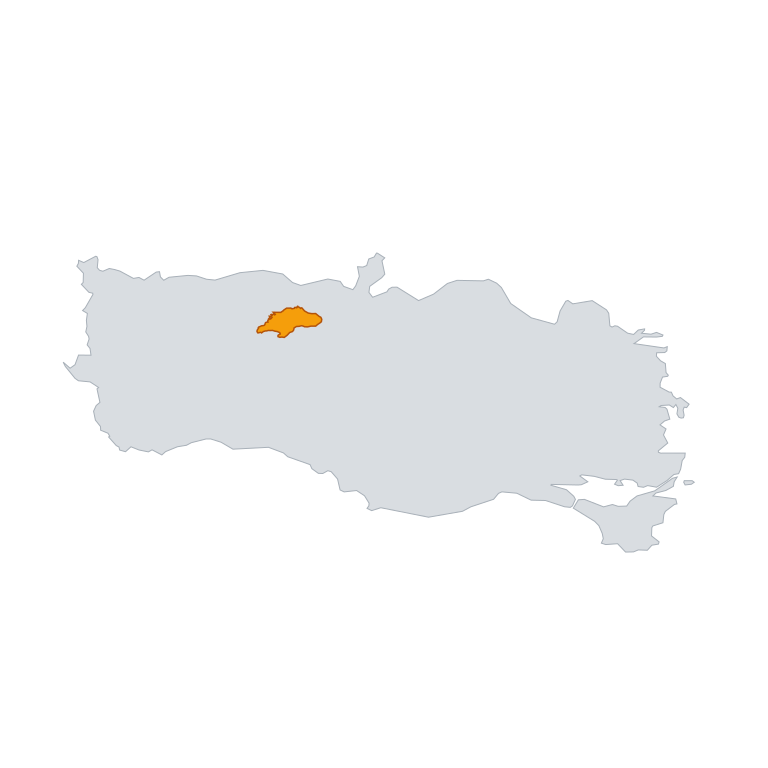 Adiyaman on a map of Turkey (Robinson projection), rotated 189°
{"feature_id": "TUR-2281", "entity_name": "Adiyaman", "entity_type": "Province", "adm_level": 1, "iso_a3": "TUR", "parent_name": "Turkey", "parent_adm1": "", "projection": "robinson", "projection_center": [38.577, 37.82], "detail": "fine", "context": "in_parent", "style": "filled", "palette": "amber", "viewbox_px": 768, "rotation_deg": 189, "n_neighbors": 0, "source": "natural_earth", "source_scale": "10m", "svg_char_len": 5387}
<svg xmlns="http://www.w3.org/2000/svg" viewBox="0 0 768 768"><g transform="rotate(189 384 384)"><path d="M592.3,279.2L602.8,282.7L606.1,280.1L615.6,280.5L624.1,282.4L628.7,276.7L634.7,277.4L635.9,280.3L638.8,281.3L647.7,288.6L646.7,289.5L648.9,292.2L656.6,294.0L657.4,297.7L663.4,303.2L666.6,311.7L664.9,317.7L661.7,321.4L666.7,334.3L665.3,335.9L674.6,340.1L686.3,339.4L690.0,341.2L701.5,351.5L704.3,355.4L696.5,350.5L692.2,354.7L690.2,364.8L677.9,366.6L679.9,373.1L683.3,376.2L682.3,382.3L683.2,384.8L686.7,388.8L686.4,394.4L687.9,400.3L688.0,407.3L693.2,409.4L690.9,412.7L685.5,426.9L685.9,428.1L689.8,428.4L698.5,435.1L697.0,437.2L698.2,446.4L705.8,452.3L704.7,455.3L705.0,458.4L699.5,457.0L688.7,465.1L687.5,464.9L685.9,462.1L685.4,454.0L682.7,451.8L679.3,451.4L673.4,455.1L667.9,454.9L662.5,454.2L648.0,449.1L642.7,450.9L637.2,449.0L626.5,458.9L623.3,459.8L621.6,454.8L617.8,452.0L613.0,455.8L594.6,460.6L586.1,461.4L575.7,459.7L567.1,460.2L543.7,471.4L521.3,477.3L501.2,476.8L490.2,469.9L481.6,468.3L455.9,478.9L443.3,478.5L439.1,474.1L429.5,472.3L427.3,476.5L425.2,486.5L428.5,495.7L423.1,496.2L419.6,498.3L418.6,505.1L413.6,507.9L411.9,512.1L411.0,512.2L403.0,508.7L405.3,505.4L400.4,492.6L402.9,488.6L413.4,478.2L413.2,472.1L408.8,467.9L395.5,475.5L394.2,478.5L391.2,480.8L386.3,481.7L362.9,471.8L349.1,480.5L337.1,493.2L328.1,497.8L302.0,501.4L297.3,503.8L288.5,501.2L283.2,497.7L271.4,483.3L248.9,472.4L224.9,469.7L222.7,472.6L221.5,483.7L217.4,494.2L215.4,495.3L210.1,492.7L191.4,498.9L175.8,492.0L173.1,489.0L170.0,476.8L167.7,475.9L165.1,477.6L162.4,477.6L151.3,472.3L145.2,472.0L141.3,477.1L135.2,479.2L135.1,477.8L137.6,474.4L128.0,475.0L122.9,477.6L116.1,476.0L116.6,474.6L122.2,473.0L135.1,471.1L143.4,463.0L113.1,463.4L110.1,465.2L109.8,461.0L111.6,459.0L119.6,457.5L119.3,454.0L114.5,450.2L109.3,448.2L107.2,439.4L104.6,437.2L105.0,436.0L110.0,434.4L111.4,428.0L110.8,424.0L101.1,420.6L98.9,420.9L96.7,417.5L92.6,415.0L89.1,417.0L79.5,411.8L81.4,408.0L83.9,408.1L84.5,405.1L82.7,400.1L83.0,397.5L85.2,396.8L87.6,397.3L90.0,400.3L90.0,406.0L92.5,409.4L94.5,406.0L98.9,407.9L107.0,406.1L108.6,404.6L102.7,404.8L100.6,403.4L96.2,394.0L101.2,391.3L105.0,386.8L98.4,383.7L100.0,377.4L94.5,370.1L102.6,360.9L102.3,359.5L99.9,359.0L75.7,362.9L75.5,358.7L77.5,355.1L77.7,346.3L79.0,341.5L83.5,340.0L89.3,333.0L98.6,324.7L107.7,324.9L111.5,322.6L117.0,322.5L118.4,325.7L123.1,328.0L131.6,327.7L135.7,325.5L132.0,321.4L136.8,320.2L140.6,321.1L138.4,325.6L139.5,326.0L150.5,324.6L161.9,325.7L174.5,325.2L176.2,323.8L167.4,319.3L173.3,315.4L176.5,314.6L203.1,311.0L203.3,310.1L187.2,308.1L179.0,302.8L176.9,300.0L178.8,293.1L180.7,291.3L186.5,291.0L206.2,294.2L220.5,292.3L235.8,296.9L250.7,295.9L253.8,293.9L257.7,287.3L279.0,276.3L286.5,270.6L319.2,259.4L367.8,261.3L376.4,257.0L381.3,258.5L379.9,261.3L380.1,264.0L385.8,270.6L394.4,274.5L406.5,271.2L410.8,272.5L415.0,282.9L422.4,289.1L425.9,289.6L430.5,286.0L434.9,285.5L442.0,289.1L444.4,292.8L467.7,297.1L472.5,300.2L488.2,303.4L523.0,296.0L535.8,301.0L546.5,302.6L551.1,301.9L565.1,295.9L569.5,292.6L578.2,289.7L589.1,283.1L592.3,279.2ZM144.4,260.8L143.2,265.5L145.1,270.6L149.6,277.7L154.4,281.3L177.6,291.0L173.9,300.0L168.0,301.4L147.9,297.0L139.5,300.7L133.6,299.8L125.2,301.4L122.6,306.8L116.6,313.0L99.9,320.8L84.3,336.0L79.9,338.0L82.1,332.8L82.2,328.2L89.0,322.9L98.3,318.9L100.9,315.5L77.9,316.1L75.9,311.4L78.3,310.5L86.2,302.2L87.2,298.8L86.8,290.6L96.2,285.9L97.0,284.0L96.0,275.8L87.6,271.1L87.9,268.8L94.2,266.7L97.9,261.0L106.9,259.9L111.3,257.2L119.1,255.8L128.3,262.8L139.9,260.1L144.4,260.8ZM72.3,335.5L64.5,336.7L62.2,335.5L64.7,333.1L70.8,331.4L72.6,333.8L72.3,335.5Z" fill="#d9dde1" stroke="#a8b0b8" stroke-width="1"/><path d="M462.5,442.9L458.8,440.7L456.8,440.0L455.6,438.2L455.6,435.7L457.0,434.1L458.8,432.5L460.5,430.5L465.3,429.7L468.3,428.5L471.4,428.1L472.8,428.5L474.3,428.7L475.5,428.3L476.7,427.7L479.5,427.1L481.6,425.3L481.7,423.1L482.6,421.5L485.2,420.1L487.3,417.0L489.8,414.4L492.2,414.4L494.2,413.8L496.1,414.2L496.3,415.5L495.0,416.7L494.3,417.1L494.6,418.0L495.1,418.3L495.6,418.6L497.7,419.1L500.0,419.1L502.4,419.5L504.9,419.0L505.8,418.9L506.7,418.8L508.1,418.1L509.6,417.8L511.4,416.9L512.9,415.3L513.8,415.8L516.5,414.7L517.6,415.8L517.7,416.9L517.5,417.8L516.7,419.5L517.0,420.0L516.7,420.6L515.4,421.4L514.1,422.3L512.1,422.9L511.5,423.2L511.1,423.7L510.9,424.3L510.8,425.6L510.4,426.2L510.0,426.5L508.3,427.0L508.7,427.7L508.7,428.2L508.5,428.7L508.1,429.3L508.3,429.5L508.4,429.8L508.3,430.1L508.1,430.4L507.9,430.4L507.2,430.2L506.9,430.2L506.4,430.4L506.0,430.7L505.6,431.2L505.3,431.8L505.8,431.7L506.7,431.1L507.2,431.0L507.5,431.3L507.5,432.4L507.9,433.0L507.2,433.1L506.4,433.2L505.7,433.3L505.3,433.8L505.6,434.0L506.5,434.9L506.2,435.1L505.7,435.2L505.1,434.9L504.8,435.1L504.6,435.4L504.5,435.5L504.4,435.6L504.2,435.7L504.0,435.8L503.7,435.8L503.5,435.7L503.1,435.3L503.0,435.2L502.3,435.6L502.9,436.3L504.6,437.5L497.1,438.6L495.4,440.3L495.1,440.4L494.7,441.2L492.6,443.2L492.0,443.7L487.8,444.4L486.7,443.9L484.7,444.6L484.4,444.7L484.2,445.6L483.6,445.8L482.2,445.6L481.9,445.8L481.8,446.3L481.9,446.8L481.7,447.1L481.5,447.3L481.3,447.3L481.2,447.2L481.1,446.9L480.9,446.8L479.4,446.4L478.8,446.1L478.4,445.6L477.4,446.3L477.0,446.3L476.5,445.9L473.9,443.7L469.9,442.2L466.2,442.2L462.5,442.9Z" fill="#f59e0b" stroke="#b45309" stroke-width="1.5"/></g></svg>